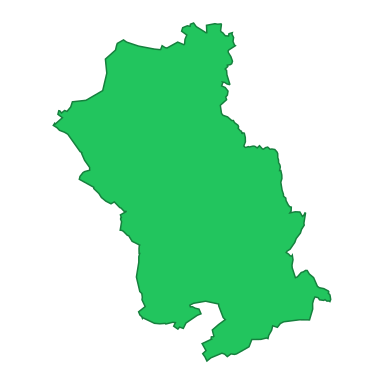 Newbridge Lea-6, Kildare, Ireland (Mercator projection)
{"feature_id": "5873133B31018509161138", "entity_name": "Newbridge Lea-6", "entity_type": "district", "adm_level": 2, "iso_a3": "IRL", "parent_name": "Ireland", "parent_adm1": "Kildare", "projection": "mercator", "projection_center": [-6.718, 53.161], "detail": "fine", "context": "isolated", "style": "filled", "palette": "green", "viewbox_px": 384, "rotation_deg": 0, "n_neighbors": 0, "source": "geoboundaries", "source_scale": "gbopen_adm2", "svg_char_len": 3631}
<svg xmlns="http://www.w3.org/2000/svg" viewBox="0 0 384 384"><path d="M116.6,45.4L115.5,50.1L105.4,59.1L106.8,73.2L102.7,90.6L86.0,100.3L72.4,101.8L70.7,107.0L67.0,111.4L64.6,110.5L61.5,113.0L59.8,110.9L58.8,110.7L57.9,114.3L62.4,117.7L55.2,124.1L54.7,123.3L53.3,125.4L57.0,127.7L59.5,130.3L64.4,132.2L67.8,134.2L80.1,151.6L81.8,152.6L81.6,153.4L84.6,160.3L89.6,167.4L89.7,170.2L84.6,171.6L83.0,172.6L80.0,176.4L79.3,179.3L93.8,187.3L93.8,188.6L98.9,193.5L101.4,197.5L105.9,201.2L111.0,203.8L114.3,201.9L119.7,207.5L121.1,208.1L124.3,211.5L126.6,211.3L120.4,214.9L121.4,217.6L120.7,218.0L120.6,219.2L121.6,221.7L120.2,230.2L121.8,230.4L123.4,231.3L127.3,235.3L128.7,235.7L132.1,241.3L139.7,245.1L139.3,245.6L139.0,248.6L139.1,253.3L139.7,253.4L138.8,256.7L138.8,262.2L136.4,277.0L139.8,291.5L141.8,293.5L142.3,297.2L142.0,299.8L145.2,306.6L138.6,311.8L139.9,315.0L141.8,316.7L142.4,318.3L142.7,317.7L154.4,323.3L159.8,323.8L165.2,323.4L165.8,324.0L172.7,322.3L175.4,322.6L173.7,326.2L177.9,329.1L179.6,327.1L183.3,328.4L186.0,323.0L197.3,315.3L201.0,313.8L199.0,309.1L195.2,308.2L192.4,306.7L190.4,306.9L189.8,305.2L193.5,303.3L205.6,301.2L218.6,304.0L218.7,305.8L223.2,317.6L225.3,319.6L218.5,324.6L212.3,330.0L213.9,336.3L213.4,336.8L211.4,336.8L211.1,338.4L211.7,339.1L202.1,343.6L206.0,350.6L202.7,353.7L204.9,356.8L206.9,361.0L210.9,357.8L221.9,353.2L224.6,354.1L227.3,356.6L231.0,353.9L234.4,354.4L236.5,353.9L249.0,346.8L251.8,339.5L260.8,339.4L266.5,338.0L268.0,338.6L268.7,335.4L271.6,330.3L272.7,325.8L277.4,327.3L280.4,323.5L283.7,321.8L299.4,319.8L309.5,319.9L312.7,309.1L312.6,303.5L313.6,299.7L315.0,296.9L318.2,297.7L319.5,299.8L323.8,300.4L325.0,299.6L326.9,301.1L328.9,301.0L329.9,301.6L330.7,299.5L330.1,295.7L329.7,294.5L328.3,293.3L328.8,291.8L328.3,291.0L323.8,288.6L319.3,287.7L317.4,286.3L313.6,277.6L309.3,274.0L307.2,270.5L305.6,270.4L303.4,271.8L301.2,272.5L297.4,276.9L295.4,277.7L292.2,267.8L292.0,265.1L293.0,259.8L292.3,255.2L291.7,256.2L290.1,255.8L288.6,254.1L286.2,252.5L287.1,251.1L290.1,249.2L294.8,242.4L296.2,238.5L300.4,233.1L301.6,229.3L304.2,225.2L303.9,223.2L305.5,213.2L305.0,212.9L303.9,215.1L302.4,216.4L299.9,212.0L295.2,211.8L289.9,212.9L291.1,211.0L291.3,207.1L289.7,206.7L288.3,205.0L286.0,200.5L285.8,198.1L283.6,196.3L283.4,194.1L282.1,190.2L280.8,182.2L281.9,178.6L281.8,175.0L280.8,170.5L279.6,170.6L280.3,167.0L279.9,165.0L278.6,162.7L278.5,159.8L277.8,157.8L277.7,153.6L277.0,152.0L274.8,149.5L271.8,149.0L270.1,149.3L267.7,147.1L265.6,147.6L263.3,149.2L262.3,148.8L259.5,145.7L257.2,147.9L254.8,146.3L253.1,146.1L249.2,147.0L248.4,146.6L245.7,147.5L245.0,147.2L243.8,146.0L245.4,141.8L245.3,137.5L244.3,133.2L242.6,132.8L242.4,133.4L241.9,133.3L241.4,131.2L240.4,130.9L238.1,128.2L238.6,126.9L238.0,125.3L234.5,122.6L233.4,120.5L231.8,120.6L227.6,116.9L223.0,115.3L221.5,113.4L220.3,105.3L226.6,99.7L225.7,97.0L227.4,95.1L228.0,91.1L225.2,87.5L221.6,85.9L222.9,82.5L222.6,82.1L224.7,82.4L226.9,83.9L229.4,84.6L229.8,84.2L226.9,74.7L226.6,70.5L225.2,69.0L227.8,66.5L227.3,65.2L230.4,64.6L231.7,63.7L232.5,61.2L230.9,56.7L228.3,52.5L228.1,50.9L228.9,49.9L235.4,45.7L234.4,44.9L233.0,41.4L233.6,37.5L231.9,34.1L232.3,32.7L229.0,33.7L228.5,36.0L225.3,35.8L222.7,32.7L221.2,31.9L220.6,30.7L221.4,24.6L221.1,23.9L217.6,24.2L214.9,23.7L206.5,25.3L206.8,32.7L206.1,32.8L196.2,26.6L193.6,23.0L190.4,24.2L190.1,26.3L187.3,25.8L182.7,27.7L181.6,31.2L186.8,35.0L185.0,39.3L184.6,43.9L183.9,44.7L177.7,42.1L167.0,48.0L165.1,47.6L162.1,45.7L160.6,49.6L159.5,49.6L154.5,49.1L138.6,46.1L126.6,42.1L123.5,39.9L117.3,43.4L116.6,45.4Z" fill="#22c55e" stroke="#15803d" stroke-width="1.5"/></svg>